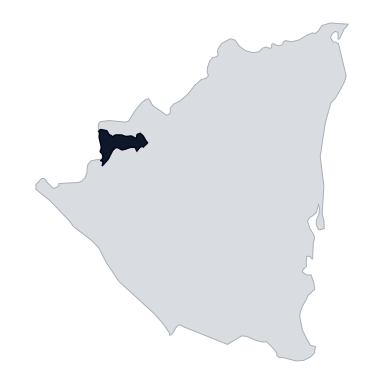 Madriz highlighted on a map of Nicaragua
{"feature_id": "NIC-665", "entity_name": "Madriz", "entity_type": "Department", "adm_level": 1, "iso_a3": "NIC", "parent_name": "Nicaragua", "parent_adm1": "", "projection": "robinson", "projection_center": [-86.499, 13.43], "detail": "fine", "context": "in_parent", "style": "filled", "palette": "ink", "viewbox_px": 384, "rotation_deg": 0, "n_neighbors": 0, "source": "natural_earth", "source_scale": "10m", "svg_char_len": 3294}
<svg xmlns="http://www.w3.org/2000/svg" viewBox="0 0 384 384"><path d="M348.1,24.2L346.2,27.1L344.1,29.0L339.7,38.5L338.2,39.3L337.9,32.3L335.2,31.4L332.2,33.9L330.5,37.5L333.2,42.2L335.5,42.2L338.4,43.5L346.2,75.9L344.6,81.6L339.8,90.6L335.3,98.3L330.8,103.0L325.2,123.4L320.2,156.5L323.9,186.3L322.1,213.8L323.8,220.3L324.3,228.4L320.5,229.8L318.4,229.6L316.2,224.6L316.4,220.2L318.7,215.1L319.6,208.2L318.5,204.5L316.3,212.5L312.4,216.0L309.9,217.2L307.4,221.2L310.0,228.8L313.5,234.3L314.6,238.2L313.3,242.9L312.6,259.0L311.4,258.6L310.2,256.4L306.6,256.3L306.2,262.7L306.5,266.3L303.4,269.1L302.3,271.9L304.8,273.9L307.6,275.1L311.0,274.8L313.8,282.8L314.7,289.3L308.2,295.2L306.0,300.2L302.4,306.2L300.3,312.1L299.7,316.3L302.3,329.7L306.8,339.2L310.5,345.3L315.5,346.6L314.4,352.9L310.6,357.0L303.8,360.3L296.3,361.0L284.0,357.8L279.0,357.4L277.0,355.7L276.4,352.6L272.9,347.9L266.4,341.6L262.7,342.0L256.7,340.7L246.6,336.4L241.9,335.9L235.2,339.6L227.5,344.4L208.7,336.9L195.6,331.6L183.7,326.9L180.6,325.0L178.0,325.4L175.7,327.9L173.2,332.3L172.4,333.6L171.0,334.8L169.5,335.1L169.4,333.0L163.6,324.3L154.4,313.8L119.1,281.6L106.2,262.4L99.2,248.6L92.6,241.3L73.6,226.6L69.2,220.7L50.4,201.0L36.0,189.5L35.9,184.6L41.8,178.4L44.7,178.7L47.8,183.1L52.9,188.1L55.3,188.1L58.8,185.8L58.9,183.5L78.2,182.5L81.7,181.2L85.2,177.6L86.9,172.6L87.2,167.7L88.0,164.2L91.1,160.8L96.7,159.7L101.1,159.4L102.4,157.1L101.1,149.6L98.7,131.6L98.2,126.6L99.0,122.8L100.8,121.5L109.3,120.6L125.5,122.1L128.6,121.0L135.1,110.7L141.1,103.2L145.4,99.8L148.8,98.8L152.7,105.5L166.4,115.1L168.7,114.5L170.0,113.9L170.4,112.6L170.2,108.2L173.6,104.1L180.7,100.5L187.8,94.2L194.9,85.1L201.1,79.7L206.4,78.1L208.4,75.6L207.1,72.2L207.5,67.4L209.6,61.2L212.6,57.6L216.7,56.7L218.2,54.7L217.4,51.8L218.2,48.5L221.8,43.3L230.4,38.7L235.3,40.3L239.4,46.3L245.2,50.5L252.7,52.7L258.6,51.9L262.7,48.1L266.4,46.9L269.7,48.4L271.5,47.6L271.7,44.4L273.4,43.6L276.6,45.3L279.5,45.8L282.0,45.0L283.0,43.4L283.5,41.8L285.4,40.6L291.8,41.8L299.1,39.9L307.1,35.0L312.5,32.9L315.1,33.5L318.3,31.0L321.9,25.5L330.3,23.0L348.1,24.2Z" fill="#d9dde1" stroke="#a8b0b8" stroke-width="1"/><path d="M100.8,160.6L101.3,160.2L102.3,159.3L102.8,158.2L103.0,157.0L102.6,154.7L102.4,154.3L101.9,153.3L101.5,152.8L101.0,152.7L100.6,152.4L100.3,151.6L100.4,150.5L101.3,148.3L101.4,147.1L99.2,137.6L99.2,136.3L99.6,133.7L99.5,132.5L99.3,132.0L98.7,131.4L99.2,131.0L99.8,130.2L100.0,129.9L100.3,129.6L101.8,129.7L106.7,130.7L108.1,132.9L108.4,133.6L109.0,134.4L109.7,135.0L110.9,135.4L111.7,136.0L112.6,136.8L113.7,136.2L114.3,135.5L115.9,135.0L116.6,134.9L121.6,135.0L125.4,136.4L127.7,136.4L130.5,136.0L131.4,136.1L132.4,136.4L133.8,137.4L135.9,138.4L136.5,137.5L136.9,135.3L137.1,134.8L137.3,134.4L138.9,133.8L140.2,133.3L142.6,135.4L143.2,136.1L143.8,137.0L145.4,140.0L147.5,142.8L146.8,143.7L144.1,146.1L143.5,147.0L142.6,146.6L141.6,146.6L140.5,146.8L139.4,147.9L136.9,151.0L136.3,149.9L135.6,148.2L135.3,147.7L134.0,147.2L130.2,147.4L124.9,149.3L121.9,149.9L119.0,148.3L117.9,147.7L117.2,147.5L115.4,147.8L112.6,150.5L109.8,156.0L109.2,157.4L107.9,159.5L102.1,166.0L102.7,163.8L102.8,163.6L102.9,163.1L102.9,162.7L102.8,162.1L102.6,161.4L102.2,161.1L100.9,160.8L100.8,160.6Z" fill="#0f172a" stroke="#020617" stroke-width="1.5"/></svg>